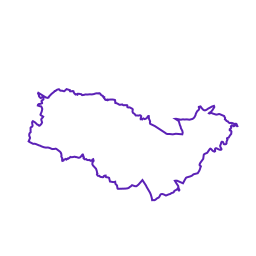 Marovoay, Boeny, Madagascar, rotated 208°
{"feature_id": "10022922B7387017022835", "entity_name": "Marovoay", "entity_type": "district", "adm_level": 2, "iso_a3": "MDG", "parent_name": "Madagascar", "parent_adm1": "Boeny", "projection": "orthographic", "projection_center": [46.607, -16.229], "detail": "fine", "context": "isolated", "style": "outline", "palette": "violet", "viewbox_px": 256, "rotation_deg": 208, "n_neighbors": 0, "source": "geoboundaries", "source_scale": "gbopen_adm2", "svg_char_len": 5742}
<svg xmlns="http://www.w3.org/2000/svg" viewBox="0 0 256 256"><g transform="rotate(208 128 128)"><path d="M223.7,117.0L223.7,116.3L223.5,116.1L222.1,115.5L221.9,114.7L221.3,114.1L219.6,113.5L219.0,113.5L218.3,114.9L217.9,115.2L217.2,115.1L216.4,114.3L216.1,113.5L216.6,112.3L217.0,111.9L217.0,111.1L215.8,110.1L215.5,109.5L216.9,108.0L217.9,107.4L218.4,106.3L218.2,105.5L216.3,105.8L214.8,106.3L213.8,105.7L212.6,104.5L211.9,102.0L211.6,98.8L211.4,98.5L211.2,98.4L208.2,98.2L208.2,97.5L208.7,95.6L208.5,94.6L206.5,92.6L206.4,91.2L206.6,90.2L207.1,88.7L207.5,88.3L208.9,88.6L209.6,88.4L212.7,89.3L215.2,89.4L215.4,88.8L215.2,87.7L213.3,85.2L213.3,84.1L214.1,83.0L214.1,82.3L213.3,81.0L212.8,79.9L212.0,78.7L212.4,77.2L212.3,76.2L211.5,74.7L210.3,73.8L209.8,73.2L209.6,70.6L209.4,70.4L209.5,69.6L208.6,69.4L204.3,69.5L203.0,70.3L201.6,70.6L198.3,70.9L196.9,71.2L196.2,71.1L193.3,71.5L191.4,72.1L189.5,73.2L187.9,73.6L185.1,73.8L182.9,75.1L182.2,75.8L181.5,75.9L177.0,75.2L175.7,74.7L175.3,74.1L174.8,73.9L173.7,72.3L173.7,71.8L172.6,70.8L171.8,70.4L171.5,69.4L171.0,68.9L170.9,68.4L170.5,68.1L169.7,68.9L169.7,69.7L169.3,70.5L168.9,70.7L168.4,71.5L167.5,71.3L167.3,72.0L166.5,72.6L166.4,72.8L166.6,73.1L165.9,73.7L165.4,74.8L165.3,75.4L164.6,75.5L163.5,76.1L161.5,77.7L160.7,77.7L159.9,78.1L157.8,78.5L157.1,78.9L156.4,79.8L155.9,82.2L155.8,83.0L155.5,83.4L155.1,83.2L154.5,82.6L154.2,81.7L153.3,81.6L153.1,81.4L153.0,80.4L151.7,80.0L150.2,80.9L149.8,80.6L148.7,80.7L147.4,81.4L146.9,81.8L145.8,81.4L145.2,81.9L144.7,82.0L144.5,83.6L144.1,84.1L143.0,83.0L142.9,82.6L143.2,80.9L142.5,79.3L141.4,78.5L137.1,77.0L135.2,75.2L134.3,73.9L133.7,73.6L133.7,72.5L133.0,72.0L132.1,71.7L130.9,72.3L130.5,72.0L130.1,72.1L129.4,71.9L127.1,72.7L126.7,73.1L126.8,74.1L126.3,74.9L125.4,75.5L124.8,74.6L124.3,74.3L122.4,75.0L121.3,75.1L118.8,72.3L115.9,73.2L114.7,73.9L114.1,74.5L113.6,73.7L113.2,73.4L113.0,72.9L112.2,72.5L111.2,72.3L110.5,71.9L110.0,71.0L109.4,70.5L109.0,69.8L108.7,69.6L108.3,69.6L101.8,73.3L100.1,74.5L99.2,75.5L98.8,76.7L98.2,77.6L97.6,79.4L94.5,79.9L93.2,80.6L92.2,82.9L90.8,88.8L85.2,85.7L83.7,84.6L78.3,81.3L76.7,80.0L75.3,78.6L74.0,77.2L72.8,75.6L71.9,76.2L71.0,76.5L70.4,77.1L69.7,78.4L69.6,79.0L68.9,80.2L68.3,80.8L68.0,82.3L68.1,83.9L68.0,84.7L67.5,85.3L66.8,85.8L65.4,86.1L62.8,86.2L60.9,88.5L59.8,89.5L59.1,90.9L57.8,92.2L57.5,92.8L57.5,94.3L55.9,96.7L55.8,97.7L55.1,97.6L54.0,96.8L53.6,96.7L53.5,96.9L53.5,97.3L53.7,97.6L55.0,98.5L56.5,100.4L59.7,102.1L61.8,103.4L61.0,104.0L59.9,104.5L53.5,105.0L53.5,108.9L53.4,111.2L53.1,111.8L50.3,114.5L49.2,115.9L48.8,116.8L48.7,117.3L48.2,118.1L45.2,120.8L45.0,123.8L45.2,125.7L45.5,126.9L45.6,128.3L46.1,128.6L47.1,128.6L47.7,129.5L47.8,131.3L47.1,136.1L48.5,139.8L48.5,140.4L48.1,141.2L46.4,143.3L46.0,147.2L45.8,148.2L45.5,148.5L44.6,148.4L42.5,147.6L40.6,147.7L40.2,148.4L41.3,150.2L41.2,150.9L41.0,151.3L40.3,151.7L39.6,151.6L37.0,151.8L36.0,152.2L35.5,152.7L35.5,153.2L35.7,153.4L37.8,154.9L38.3,155.6L38.5,157.6L38.9,159.2L38.6,160.0L37.7,160.2L37.1,159.9L35.9,158.8L35.4,158.8L34.2,159.5L33.9,159.9L33.8,160.7L34.6,162.2L34.7,164.5L35.5,164.9L35.7,165.3L35.7,165.7L34.6,166.8L34.5,169.3L34.1,171.2L35.0,173.4L35.9,174.0L36.4,174.0L36.9,173.7L37.3,173.9L37.6,174.8L37.1,175.7L37.0,176.7L37.2,177.1L37.8,177.5L37.9,178.0L37.6,178.9L36.7,179.2L35.4,179.2L34.3,181.0L33.8,181.2L32.5,180.8L32.3,181.0L34.0,182.4L34.4,182.5L35.3,182.1L36.3,181.3L37.1,181.5L37.7,181.2L38.3,181.3L38.9,180.8L39.5,180.9L40.5,180.1L41.7,180.1L42.9,180.7L44.0,180.5L44.7,180.6L45.5,181.1L46.5,181.1L47.0,182.5L48.3,183.3L48.7,183.7L53.4,183.3L54.2,183.1L55.2,182.1L56.4,181.2L60.3,180.5L61.6,180.5L62.8,179.1L63.4,179.0L63.3,179.7L62.8,180.3L62.3,181.2L61.8,183.7L61.6,186.9L61.9,187.4L62.5,187.9L64.0,186.3L65.2,184.4L66.3,182.8L67.3,180.8L68.3,179.7L69.2,179.4L70.4,179.5L71.8,180.0L74.1,181.1L75.4,179.9L75.3,179.6L74.3,178.9L74.1,177.7L74.1,177.1L74.8,175.3L74.8,172.5L74.4,171.0L74.4,168.8L74.7,167.5L75.3,166.3L77.6,164.2L80.2,163.2L82.3,161.9L83.5,161.5L85.3,160.1L89.9,158.7L90.5,158.3L86.5,158.0L83.4,154.8L82.3,154.0L81.1,152.6L78.7,151.0L77.5,149.5L77.1,147.9L83.0,145.4L85.5,143.4L88.3,142.3L90.6,141.1L92.2,141.0L92.9,141.2L105.3,142.3L110.3,142.1L111.0,142.7L111.4,143.5L111.4,143.9L112.0,144.6L113.8,146.0L114.7,147.3L115.2,148.3L115.6,148.2L115.9,147.7L116.1,145.4L117.3,143.8L117.6,143.6L118.9,143.7L119.6,142.7L119.6,142.2L120.2,142.2L120.9,141.7L121.3,142.2L121.5,143.6L121.9,144.6L122.5,144.9L123.4,144.9L124.7,143.8L125.8,143.4L127.1,142.7L128.8,143.5L130.6,143.7L131.0,143.9L131.8,144.7L132.5,146.6L133.1,147.0L136.2,147.0L137.3,146.3L138.2,146.1L138.5,146.3L139.2,147.6L139.7,147.7L140.4,147.2L141.6,146.7L142.3,146.1L143.2,145.9L144.1,146.1L146.2,144.6L146.7,144.5L148.1,144.6L149.9,144.5L150.9,144.1L151.1,144.2L151.2,144.9L152.0,145.6L152.3,146.3L152.6,146.6L153.2,146.5L154.8,146.0L157.7,144.4L158.4,143.8L159.0,142.9L159.5,142.8L159.7,143.3L160.1,143.0L160.4,142.5L160.9,142.3L161.8,142.4L162.4,143.0L163.3,143.2L163.4,143.4L163.5,144.1L164.0,144.1L164.7,143.9L165.2,144.5L165.6,144.6L166.2,144.4L167.5,144.6L168.0,144.7L168.4,145.2L168.7,145.3L169.9,145.2L170.4,144.5L171.7,144.1L173.0,143.1L174.1,141.9L175.8,140.6L177.6,139.8L179.5,138.5L181.4,137.6L182.4,136.6L183.9,135.5L184.3,135.5L185.0,135.9L187.3,135.2L188.4,134.6L188.3,133.7L189.3,133.7L189.8,133.0L190.2,133.0L190.6,133.3L191.2,133.2L192.1,133.7L192.6,133.9L193.3,134.8L194.0,134.8L195.7,133.5L196.4,133.2L197.1,133.7L197.2,134.1L200.5,133.5L201.4,130.9L201.6,130.5L202.1,130.3L203.6,130.0L205.3,129.2L207.2,129.8L208.4,128.7L209.0,127.9L209.4,126.6L210.1,126.2L210.2,125.3L211.5,122.3L212.1,120.2L212.6,118.3L212.4,117.7L213.0,116.9L214.8,116.4L223.7,117.0Z" fill="none" stroke="#5b21b6" stroke-width="2"/></g></svg>